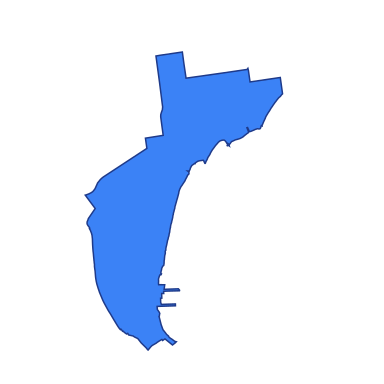 the district of Port Phillip, Victoria, Australia, rotated 253°
{"feature_id": "25037944B19605677345756", "entity_name": "Port Phillip", "entity_type": "district", "adm_level": 2, "iso_a3": "AUS", "parent_name": "Australia", "parent_adm1": "Victoria", "projection": "natural_earth1", "projection_center": [144.966, -37.859], "detail": "fine", "context": "isolated", "style": "filled", "palette": "blue", "viewbox_px": 384, "rotation_deg": 253, "n_neighbors": 0, "source": "geoboundaries", "source_scale": "gbopen_adm2", "svg_char_len": 5860}
<svg xmlns="http://www.w3.org/2000/svg" viewBox="0 0 384 384"><g transform="rotate(253 192 192)"><path d="M293.9,281.6L293.1,280.5L296.7,257.0L302.6,219.6L317.2,221.8L328.7,223.7L332.1,201.4L332.6,197.3L306.4,193.0L283.2,189.0L282.4,188.9L281.7,188.7L281.0,188.4L280.3,188.1L279.7,187.9L279.0,187.5L278.4,187.0L276.6,185.7L276.1,185.4L275.7,185.1L275.2,184.8L274.7,184.6L274.1,184.4L273.5,184.2L272.8,184.0L254.6,181.0L256.4,168.2L257.1,163.2L246.9,161.6L232.3,111.6L232.1,111.1L232.0,110.7L230.7,107.9L230.5,107.7L228.4,104.6L228.2,104.3L227.9,104.1L226.4,102.8L226.2,102.6L224.0,100.7L223.6,100.3L223.2,99.9L222.9,99.4L222.5,98.9L221.9,98.1L221.6,97.5L221.3,97.0L221.1,96.4L221.0,95.9L220.8,95.4L220.7,94.8L220.6,94.3L220.5,93.7L220.4,93.2L220.3,92.0L220.2,89.9L220.2,89.0L204.5,94.6L196.9,85.1L195.7,84.3L194.3,83.1L193.4,82.7L193.0,82.6L192.6,82.5L192.4,82.4L191.7,82.4L190.7,82.6L190.0,82.8L188.7,83.3L187.6,83.6L187.3,83.6L187.1,83.2L186.4,83.3L185.1,83.6L183.3,83.7L182.6,83.8L181.4,83.8L179.6,83.7L177.6,83.3L176.5,83.1L175.7,82.9L173.9,82.4L170.5,81.5L166.2,80.5L165.3,80.3L164.4,80.1L162.6,79.8L159.4,79.1L156.3,78.5L155.0,78.2L154.2,78.1L152.9,77.8L152.5,77.7L152.1,77.7L151.9,77.7L151.1,77.5L150.1,77.2L149.1,76.9L147.9,76.7L144.7,76.2L138.8,74.9L136.9,74.6L134.5,74.3L131.8,74.1L131.3,74.1L127.1,74.1L124.5,74.2L123.2,74.2L121.2,74.4L117.0,74.8L114.2,75.1L111.2,75.6L107.8,76.3L105.9,76.7L103.9,77.1L101.9,77.6L99.5,78.3L92.3,80.0L88.4,81.0L85.7,81.7L83.7,82.3L82.8,82.6L81.7,83.1L81.3,83.3L81.6,83.9L81.3,84.0L80.1,84.6L79.5,84.7L79.1,84.9L79.2,85.3L78.5,85.7L77.7,86.2L77.2,86.5L76.0,87.4L75.3,88.0L75.6,89.2L73.8,89.6L71.5,93.6L70.2,94.6L67.7,97.3L62.5,99.3L56.4,102.6L54.1,103.5L53.7,103.8L56.0,107.3L56.2,107.7L56.4,108.0L56.6,108.4L56.8,108.9L57.0,109.6L58.0,113.9L58.3,114.4L59.2,117.6L59.8,120.1L59.7,120.2L58.6,120.5L59.4,123.1L59.3,123.3L51.4,128.6L52.1,130.5L52.9,131.9L52.7,132.0L53.4,133.2L53.8,132.5L54.1,132.1L54.6,131.6L54.9,131.4L57.1,129.8L58.2,128.8L59.3,128.0L60.7,127.3L61.2,127.4L63.2,126.1L65.2,125.4L68.3,124.2L68.7,124.0L70.2,123.9L72.4,123.8L74.2,123.7L76.1,123.8L78.1,123.9L80.2,124.0L82.7,124.1L82.9,124.5L84.1,125.0L85.3,125.7L87.1,125.4L89.8,124.5L92.8,125.2L88.0,142.9L89.8,143.4L93.5,129.8L95.7,129.8L99.6,130.9L99.3,132.1L103.8,133.3L103.2,135.3L105.3,135.8L104.6,138.9L101.2,151.1L101.7,151.4L103.4,150.7L107.1,136.9L111.3,138.8L113.1,133.0L113.4,133.0L113.9,133.1L114.5,133.3L115.2,133.5L115.8,133.7L116.8,134.1L117.7,134.2L118.4,134.5L119.1,134.8L121.9,136.8L122.1,137.1L122.1,137.8L121.9,138.0L122.0,138.2L122.0,138.3L122.7,138.9L123.1,138.5L123.4,138.4L124.6,139.0L125.1,139.2L126.5,140.1L127.4,140.5L127.8,140.7L129.5,142.2L129.8,142.8L130.0,143.4L130.2,143.6L130.7,143.8L131.6,144.3L132.2,144.5L133.5,145.0L134.1,145.1L135.4,145.8L135.9,146.0L136.7,146.3L138.1,146.9L138.9,147.2L140.9,148.4L141.5,148.7L142.0,148.8L142.7,148.9L143.4,149.2L143.6,149.5L143.9,149.9L144.4,150.1L145.4,150.4L146.8,151.1L148.6,152.2L150.8,153.4L152.9,154.5L153.9,155.3L154.5,155.6L155.6,156.2L156.8,157.1L157.5,157.4L158.9,158.1L160.1,158.9L161.6,159.5L163.6,160.5L164.5,161.1L165.6,161.5L167.4,162.5L168.0,163.0L169.1,163.7L170.1,164.2L171.2,164.9L173.3,166.1L175.3,167.0L175.9,167.5L177.1,168.0L177.9,168.5L178.6,169.0L179.7,169.6L181.5,170.8L182.2,171.1L183.0,171.4L183.9,172.1L185.1,172.8L186.0,173.4L186.9,174.0L188.7,175.1L190.3,176.2L194.0,178.5L195.0,179.1L195.8,179.4L197.2,180.3L198.6,181.4L199.3,182.1L200.3,183.0L201.3,184.4L202.1,185.3L203.4,186.9L204.7,188.5L205.9,189.5L207.3,190.9L208.3,191.9L208.9,192.3L209.4,192.9L209.7,193.4L209.8,193.8L210.2,194.3L210.8,194.6L211.5,194.7L212.4,194.7L212.9,194.3L213.3,194.0L213.1,194.6L212.8,195.0L212.5,195.0L212.4,195.2L213.0,195.6L213.9,196.5L214.4,196.9L215.5,197.6L216.1,198.1L216.3,198.3L216.3,198.5L216.9,199.1L217.3,199.3L218.5,202.8L218.2,202.9L218.1,203.1L218.2,203.3L218.3,203.3L218.6,203.2L219.2,204.7L219.4,205.6L219.6,206.0L219.7,206.7L219.7,207.3L219.7,208.1L219.6,208.5L219.6,208.9L219.4,209.9L219.1,212.0L218.5,212.3L217.8,212.4L216.7,212.5L215.6,212.7L215.5,212.9L215.6,213.2L217.4,214.5L217.5,214.8L218.1,215.4L219.4,216.6L220.1,217.0L222.6,220.0L224.1,221.3L225.2,222.5L226.3,223.7L227.3,225.1L228.5,226.7L229.5,228.0L231.2,230.8L231.8,231.6L232.1,232.3L232.2,232.6L232.5,233.2L232.6,233.7L232.7,234.4L232.7,236.1L232.6,236.4L232.3,237.8L232.1,238.0L231.7,238.4L231.5,238.5L231.3,238.6L230.4,239.0L229.2,239.4L228.5,239.5L228.1,239.7L228.1,239.8L228.3,240.1L227.8,240.6L227.2,240.0L226.7,239.7L226.4,239.3L226.2,239.2L225.9,239.3L225.8,239.9L225.9,240.3L225.9,240.7L225.3,241.1L225.9,241.1L226.7,241.9L227.3,242.8L228.2,243.9L228.4,244.4L228.7,244.8L228.7,245.5L228.8,246.2L229.0,247.5L229.1,248.1L229.2,248.8L229.1,250.5L229.1,251.7L229.1,253.4L229.2,254.0L229.5,255.8L229.7,256.3L229.8,257.0L230.1,257.5L230.3,258.1L230.6,258.6L230.8,259.2L231.0,259.7L231.2,260.2L231.4,260.8L231.6,261.2L231.8,261.7L231.9,262.2L232.1,262.7L232.2,263.1L232.4,263.5L232.7,263.7L237.4,263.3L237.4,264.0L233.2,264.5L232.9,264.9L232.8,265.4L232.8,266.0L232.9,267.0L233.0,268.2L233.1,268.9L233.1,269.5L233.3,270.1L233.4,272.7L233.4,273.1L233.0,273.8L232.6,274.9L232.6,275.5L233.1,276.2L235.2,277.7L234.7,278.4L235.3,278.5L236.0,279.2L237.0,280.0L237.3,280.3L237.7,280.6L238.2,281.0L239.6,282.3L240.1,282.7L241.0,283.6L241.5,283.9L242.5,284.7L243.4,285.7L243.8,286.1L244.2,286.6L245.5,288.0L245.9,288.5L246.3,289.0L246.7,289.5L247.1,290.0L247.5,290.4L247.9,290.9L248.8,291.8L249.6,292.8L250.4,293.9L250.8,294.3L251.6,295.3L252.0,295.8L252.7,296.8L253.2,297.3L253.4,297.6L254.1,298.7L254.5,299.2L254.9,299.7L255.6,300.8L256.0,301.3L256.4,301.9L256.7,302.4L257.0,303.0L257.3,303.7L257.5,304.3L257.9,304.9L258.3,305.4L258.7,305.9L259.0,306.5L259.3,307.1L259.4,307.3L275.7,309.9L280.3,279.7L291.9,281.5L293.9,281.6Z" fill="#3b82f6" stroke="#1e3a8a" stroke-width="1.5"/></g></svg>